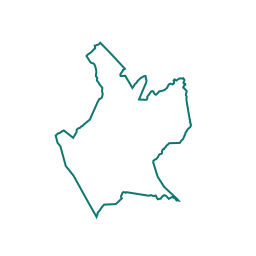 outline of Seabra, Bahia, Brazil, rotated 60°
{"feature_id": "56859067B75926333171607", "entity_name": "Seabra", "entity_type": "district", "adm_level": 2, "iso_a3": "BRA", "parent_name": "Brazil", "parent_adm1": "Bahia", "projection": "orthographic", "projection_center": [-41.912, -12.388], "detail": "fine", "context": "isolated", "style": "outline", "palette": "teal", "viewbox_px": 256, "rotation_deg": 60, "n_neighbors": 0, "source": "geoboundaries", "source_scale": "gbopen_adm2", "svg_char_len": 4248}
<svg xmlns="http://www.w3.org/2000/svg" viewBox="0 0 256 256"><g transform="rotate(60 128 128)"><path d="M75.2,101.1L56.2,105.4L40.3,109.4L40.6,110.4L40.9,111.4L40.9,112.2L40.5,113.2L40.5,114.2L40.3,114.9L40.0,115.6L41.4,116.1L42.5,116.6L42.8,117.7L42.9,118.8L43.3,119.7L43.7,120.9L43.9,121.8L44.0,122.7L44.2,124.0L44.1,125.1L44.4,126.1L44.5,127.1L44.9,128.0L52.7,127.6L53.4,126.9L54.0,126.5L54.8,125.7L56.0,125.3L56.9,125.4L58.4,125.6L59.3,125.9L60.3,126.1L61.7,126.6L63.0,127.1L64.3,127.8L65.5,128.9L66.3,129.5L67.5,129.9L68.5,129.6L69.6,129.7L70.4,130.7L71.4,131.2L72.5,131.0L73.6,130.9L74.6,130.7L75.7,130.9L76.4,130.8L77.1,130.6L78.0,130.5L79.0,130.3L80.3,130.1L81.1,130.6L81.9,131.2L82.7,131.7L83.5,132.3L84.5,132.5L85.6,132.8L86.3,133.2L87.0,133.9L87.8,134.5L88.2,135.2L88.8,136.0L88.8,136.9L88.6,138.3L89.9,140.7L99.1,153.4L100.4,155.1L101.6,156.8L102.7,163.2L102.9,164.3L103.2,165.6L103.5,166.7L103.2,167.6L103.5,168.4L103.8,169.2L103.6,170.6L103.5,171.4L103.6,172.5L104.0,173.3L104.8,174.0L105.5,174.3L106.0,174.8L106.4,175.7L107.3,177.2L107.6,177.8L109.1,180.4L98.9,184.5L98.0,184.8L98.0,185.8L97.8,186.5L98.0,187.2L98.0,187.9L98.0,188.7L98.2,189.7L97.7,191.1L98.0,192.3L98.2,193.7L98.4,194.4L103.8,195.9L104.6,196.2L105.4,196.4L110.1,195.7L129.8,200.9L142.1,199.0L147.0,199.1L153.5,199.2L173.2,199.6L189.3,199.7L188.2,198.5L187.6,197.6L186.7,197.2L186.2,196.5L186.0,195.8L185.8,195.0L185.3,193.9L184.9,192.8L184.2,191.9L183.8,190.9L183.6,190.2L183.1,189.3L183.0,188.6L182.8,187.9L182.4,187.1L187.8,176.6L185.9,168.5L185.1,168.7L184.2,168.5L183.5,168.0L183.0,167.3L182.6,166.6L182.0,165.8L181.4,165.3L181.2,164.5L181.3,163.8L182.1,163.1L183.0,162.3L182.7,161.6L197.1,143.8L197.3,142.6L197.7,141.6L198.3,141.2L199.1,140.4L199.7,139.8L200.1,138.8L200.3,137.8L201.3,137.8L202.3,137.9L203.7,138.0L204.8,137.6L204.8,136.7L205.2,136.0L205.6,134.8L205.0,133.9L204.6,133.2L204.5,132.4L204.3,131.3L204.2,130.3L204.8,129.9L205.4,129.2L206.4,128.8L207.3,128.6L208.0,128.5L208.7,128.3L209.7,128.1L209.8,126.9L209.7,126.0L209.7,125.2L209.9,124.3L210.8,123.6L211.9,123.0L212.6,122.2L213.6,122.2L214.4,122.3L215.2,122.0L215.5,121.2L216.0,120.6L213.6,121.1L196.9,126.2L195.3,126.2L185.4,126.7L183.5,126.3L182.5,126.1L172.8,123.9L170.4,123.4L169.8,122.8L169.1,122.4L168.9,121.4L168.8,120.3L169.1,119.3L168.8,118.4L168.4,117.4L168.0,116.3L167.4,115.5L166.8,114.6L166.6,113.4L167.0,112.5L167.0,111.4L166.3,110.8L165.4,110.4L164.6,109.6L163.9,108.3L164.3,107.3L163.5,106.2L163.4,105.0L162.8,104.0L162.4,103.1L162.4,102.2L162.2,101.5L162.0,100.7L161.8,99.9L166.8,90.6L166.3,89.6L165.8,88.7L165.5,87.6L165.4,86.7L165.1,86.1L164.6,85.2L163.9,84.2L163.4,83.5L162.8,82.9L162.3,81.9L161.6,81.2L160.9,80.7L160.5,79.8L160.1,78.8L159.6,78.1L159.2,77.3L158.8,76.6L158.7,75.6L158.5,74.7L158.3,73.7L157.6,72.6L156.6,71.8L155.7,71.9L155.1,71.4L154.1,71.4L153.6,70.9L152.7,70.8L151.9,70.1L151.2,70.2L141.8,66.7L135.5,64.4L134.8,64.1L133.8,63.7L132.7,63.2L131.6,62.7L130.8,61.9L130.0,61.5L129.0,61.5L128.1,61.3L127.5,60.8L126.5,59.7L125.6,58.8L124.6,58.8L122.9,59.2L121.7,59.5L120.6,60.0L119.7,59.0L119.3,57.9L119.2,56.8L118.3,56.4L117.5,57.3L116.7,57.5L116.0,56.7L115.4,55.8L114.9,55.3L114.3,55.1L113.4,55.2L112.5,55.3L112.4,56.4L111.8,56.9L111.3,57.6L110.8,59.0L111.0,61.7L111.1,62.4L110.4,62.9L109.3,63.2L109.4,64.2L109.8,64.8L111.0,65.1L111.9,65.4L112.4,66.6L112.6,67.5L111.7,68.0L110.9,69.0L110.6,70.2L110.9,71.2L111.3,71.9L111.8,72.7L112.7,73.9L113.0,75.5L113.3,76.5L113.3,77.4L113.1,78.9L112.6,80.8L112.3,81.6L112.0,82.2L112.0,83.1L112.4,84.0L112.8,85.6L113.2,86.8L112.9,87.5L112.0,87.9L110.4,88.0L109.3,87.8L108.3,88.3L108.0,89.3L108.0,90.2L108.5,90.9L109.1,92.3L109.5,92.9L110.0,94.3L110.3,95.2L110.9,95.9L111.6,96.2L112.2,96.8L112.8,97.7L112.3,98.8L108.8,104.2L103.9,97.8L98.0,89.9L97.2,89.1L96.4,88.5L95.7,88.1L94.9,87.8L94.3,88.0L93.6,87.5L92.5,87.1L91.7,86.9L91.2,88.0L91.2,88.9L91.1,89.8L91.0,90.6L91.2,92.5L91.5,94.1L91.8,94.9L92.1,96.2L92.7,97.4L93.2,98.2L93.2,99.2L93.8,100.8L94.7,102.3L95.1,103.2L95.6,104.2L86.6,104.2L83.7,104.3L81.4,104.3L81.0,105.3L80.6,106.0L80.1,106.7L79.7,107.4L79.3,108.3L78.4,108.2L77.5,107.6L77.0,106.5L76.7,105.7L76.4,105.0L76.1,104.1L75.3,103.4L75.3,102.2L75.2,101.1Z" fill="none" stroke="#0f766e" stroke-width="2"/></g></svg>